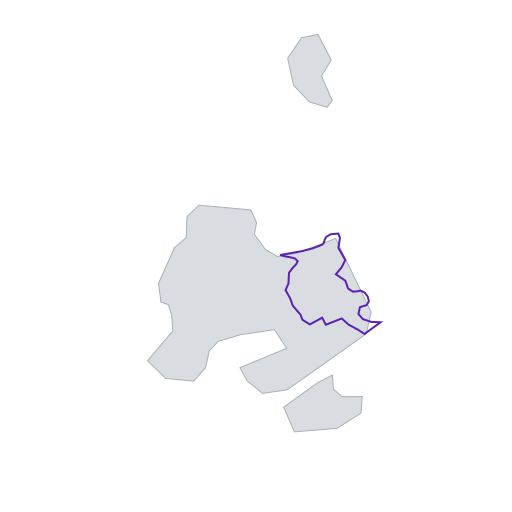 Jomala on a map of Aland (Mercator projection), rotated 250°
{"feature_id": "ALD-4810", "entity_name": "Jomala", "entity_type": "state/province", "adm_level": 1, "iso_a3": "ALA", "parent_name": "Aland", "parent_adm1": "", "projection": "mercator", "projection_center": [19.918, 60.13], "detail": "fine", "context": "in_parent", "style": "outline", "palette": "violet", "viewbox_px": 512, "rotation_deg": 250, "n_neighbors": 0, "source": "natural_earth", "source_scale": "10m", "svg_char_len": 1437}
<svg xmlns="http://www.w3.org/2000/svg" viewBox="0 0 512 512"><g transform="rotate(250 256 256)"><path d="M229.7,156.7L240.4,156.9L245.1,150.9L263.7,155.1L291.7,182.3L297.3,196.9L316.5,204.5L323.3,219.7L301.0,267.0L287.2,267.9L276.9,261.9L258.8,267.1L248.2,276.0L244.6,295.7L245.2,336.8L163.9,345.0L145.2,333.0L119.6,239.4L124.7,215.2L141.9,204.9L156.6,202.7L158.8,253.2L180.5,248.2L187.3,214.9L188.8,191.4L182.9,179.6L168.2,170.4L159.7,154.6L171.9,129.3L194.6,118.3L214.1,152.2L229.7,156.7ZM116.1,271.5L117.9,287.1L104.6,283.2L94.4,288.6L87.5,307.8L72.5,300.9L66.4,273.3L77.6,231.9L104.5,230.3L116.1,271.5ZM445.6,373.6L442.9,390.1L414.5,393.7L402.6,379.1L376.1,380.9L371.5,373.6L382.5,358.9L403.5,349.7L431.0,353.4L445.6,373.6Z" fill="#d9dde1" stroke="#a8b0b8" stroke-width="1"/><path d="M202.2,331.5L194.0,331.4L189.4,334.8L188.3,338.5L187.7,342.4L184.3,345.7L179.6,347.1L174.9,346.6L172.0,343.2L172.4,336.2L166.4,332.4L160.1,334.9L154.7,341.7L151.1,350.4L145.7,331.3L151.5,326.9L160.0,319.4L168.0,315.2L167.5,298.1L175.4,297.1L173.3,283.2L180.2,277.8L185.5,277.8L196.7,273.6L204.6,273.6L213.8,272.1L219.1,277.1L229.0,281.3L232.2,286.3L234.7,291.2L236.8,293.4L240.3,291.8L242.9,288.1L245.5,283.5L248.7,279.0L244.8,301.4L243.8,312.1L244.0,322.0L245.2,324.3L247.6,325.9L249.9,328.5L250.9,333.8L248.9,341.0L244.3,341.1L235.6,336.2L221.6,338.5L215.8,332.2L211.5,324.8L202.2,331.5Z" fill="none" stroke="#5b21b6" stroke-width="2"/></g></svg>